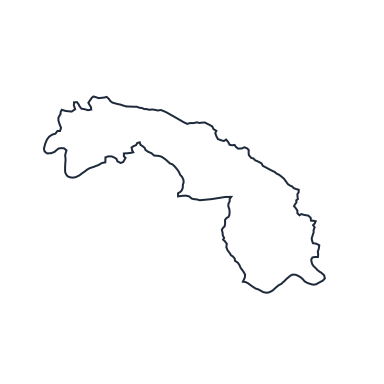 outline of Cerro Negro, Santa Catarina, Brazil, rotated 290°
{"feature_id": "56859067B18650701449826", "entity_name": "Cerro Negro", "entity_type": "district", "adm_level": 2, "iso_a3": "BRA", "parent_name": "Brazil", "parent_adm1": "Santa Catarina", "projection": "natural_earth1", "projection_center": [-50.937, -27.767], "detail": "fine", "context": "isolated", "style": "outline", "palette": "slate", "viewbox_px": 384, "rotation_deg": 290, "n_neighbors": 0, "source": "geoboundaries", "source_scale": "gbopen_adm2", "svg_char_len": 4040}
<svg xmlns="http://www.w3.org/2000/svg" viewBox="0 0 384 384"><g transform="rotate(290 192 192)"><path d="M187.4,96.5L188.8,98.0L190.2,100.4L192.5,99.7L194.9,98.8L196.8,101.0L198.0,104.3L197.8,107.4L197.2,109.8L195.3,111.4L194.9,115.1L196.7,117.1L199.0,117.5L201.3,117.9L202.2,115.8L204.9,114.8L206.6,118.7L208.0,121.3L209.2,123.2L210.8,121.4L213.2,120.0L215.2,121.5L216.9,123.4L219.3,123.8L220.8,125.9L218.7,127.4L218.2,129.8L217.3,132.4L215.6,133.9L214.8,137.0L214.6,140.6L213.3,143.9L214.4,147.8L214.8,151.0L214.2,153.6L213.4,156.4L212.2,159.3L211.3,161.5L211.3,164.1L210.2,166.8L209.0,168.9L207.7,171.1L206.0,173.2L204.2,174.9L202.8,177.5L200.6,179.7L198.4,180.8L195.5,181.0L192.6,181.9L190.0,181.8L188.1,181.0L186.0,179.3L183.1,180.4L184.3,182.7L185.4,184.8L186.5,187.6L186.9,190.9L185.7,194.0L186.0,196.5L186.7,199.1L186.9,202.1L192.1,213.0L198.9,225.3L200.8,230.5L198.2,229.8L196.0,230.6L193.3,230.3L191.0,231.0L188.6,233.0L185.8,234.3L183.0,235.0L181.0,234.8L179.3,233.3L177.0,232.6L175.1,233.4L173.2,234.0L170.9,234.4L168.6,233.3L166.6,233.0L164.3,234.6L161.7,235.8L159.8,237.9L157.9,237.5L157.0,239.7L155.1,242.5L151.9,243.1L149.3,245.5L147.4,248.5L145.9,250.2L145.4,252.5L144.1,254.8L142.0,256.0L141.3,259.1L139.8,261.3L137.4,263.6L134.9,267.4L132.5,270.2L129.5,270.9L125.1,270.5L125.7,273.4L125.4,275.9L124.3,279.5L123.6,282.3L123.0,285.0L123.2,287.2L122.8,290.1L122.3,293.1L122.7,296.1L123.8,298.4L125.3,300.0L127.1,301.5L128.8,302.4L131.3,303.7L134.3,305.5L136.1,307.3L137.8,308.1L139.7,309.2L142.6,310.5L145.2,312.0L147.1,313.1L148.8,314.8L149.7,317.7L149.5,320.8L148.9,323.6L147.9,326.1L146.5,328.5L146.0,331.7L146.1,335.6L146.5,338.0L147.6,340.0L149.5,341.7L151.1,343.1L153.4,345.2L156.2,346.4L158.9,344.7L160.3,341.3L160.8,338.9L161.6,336.5L162.9,334.0L164.0,331.4L165.6,329.4L167.6,328.0L169.5,327.1L171.7,327.6L172.8,329.4L174.0,332.6L176.8,331.8L179.0,330.6L181.4,330.6L183.3,330.3L185.5,329.8L185.9,326.5L185.3,323.1L187.3,321.5L189.4,320.3L192.9,320.2L195.7,320.1L197.7,319.3L200.8,319.3L202.3,317.1L204.5,318.1L206.8,318.2L206.5,315.9L205.8,313.6L208.4,312.3L209.6,309.3L208.9,305.8L208.6,302.2L206.9,301.0L208.0,298.4L210.6,297.3L212.3,295.0L213.6,292.7L215.6,293.0L218.0,293.7L219.8,292.8L221.5,293.9L223.4,292.9L225.9,291.8L228.3,292.3L230.6,291.5L230.4,289.1L230.4,286.3L231.4,284.3L231.6,281.9L232.1,279.6L233.8,277.0L235.9,274.0L237.2,270.5L238.0,267.8L238.2,265.2L239.1,263.0L239.4,259.6L239.9,255.9L240.3,253.5L240.8,249.6L242.7,247.5L243.2,243.9L243.4,240.5L244.5,238.3L244.3,236.0L246.1,232.8L248.7,231.6L250.9,230.9L251.8,228.9L252.0,226.0L250.0,224.0L248.5,220.5L249.4,217.8L250.8,215.9L249.7,213.9L249.2,211.2L251.4,208.9L252.9,206.1L250.8,204.5L250.6,202.1L250.6,198.2L252.8,195.8L255.3,193.7L257.8,194.0L258.4,190.8L260.5,188.6L261.0,186.0L261.3,183.2L261.7,180.4L260.7,177.9L259.3,175.1L259.2,172.9L257.4,170.1L256.0,166.4L254.4,164.3L254.7,160.6L256.2,152.1L258.1,140.8L258.3,138.2L258.4,134.7L256.9,132.0L256.6,129.6L256.0,126.5L254.6,123.6L254.4,121.0L253.6,118.8L253.8,116.2L253.2,113.8L253.2,110.9L252.0,107.5L251.1,104.5L249.9,101.0L249.7,97.6L249.7,95.1L249.3,92.7L249.0,89.6L248.8,86.5L249.5,84.3L251.1,81.9L252.2,79.3L250.8,77.3L249.7,75.1L248.3,72.3L248.2,69.3L248.1,66.8L246.3,65.6L243.5,64.9L240.4,64.1L238.5,66.3L237.2,68.0L235.0,69.1L233.3,66.3L233.1,63.0L232.5,59.6L234.0,57.1L235.5,55.6L237.1,53.1L235.9,50.5L232.9,51.4L229.8,53.9L226.4,51.4L225.5,47.9L224.9,45.2L224.7,41.5L222.3,41.2L220.1,41.8L218.0,41.3L215.9,41.1L213.6,42.0L211.7,43.3L209.8,44.9L207.5,47.0L204.2,47.1L203.3,44.7L200.1,43.7L198.0,40.9L195.2,38.9L192.6,38.0L189.8,37.6L187.1,37.6L184.6,37.8L182.1,38.0L179.7,39.6L178.7,42.6L180.3,46.4L182.7,49.1L184.9,50.3L187.2,51.7L188.4,53.8L189.3,56.8L188.2,59.8L185.1,60.0L182.9,60.3L180.8,61.4L178.7,62.3L176.7,62.8L174.4,63.5L172.1,64.2L169.6,65.1L167.3,66.0L165.5,67.7L164.2,69.7L164.1,72.6L164.8,75.3L166.3,77.8L169.1,80.5L172.4,82.6L174.4,84.1L176.9,85.6L179.5,87.8L181.7,90.7L183.7,92.9L185.4,95.0L187.4,96.5Z" fill="none" stroke="#1e293b" stroke-width="2"/></g></svg>